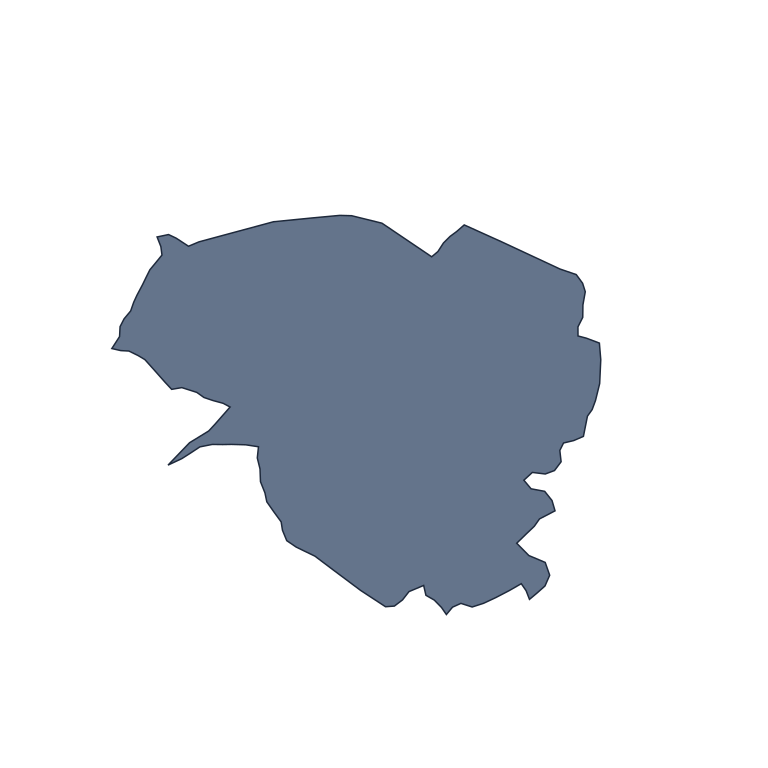 Itabaiana, Paraíba, Brazil, rotated 320°
{"feature_id": "56859067B77861515751472", "entity_name": "Itabaiana", "entity_type": "district", "adm_level": 2, "iso_a3": "BRA", "parent_name": "Brazil", "parent_adm1": "Paraíba", "projection": "orthographic", "projection_center": [-35.366, -7.347], "detail": "fine", "context": "isolated", "style": "filled", "palette": "slate", "viewbox_px": 768, "rotation_deg": 320, "n_neighbors": 0, "source": "geoboundaries", "source_scale": "gbopen_adm2", "svg_char_len": 1671}
<svg xmlns="http://www.w3.org/2000/svg" viewBox="0 0 768 768"><g transform="rotate(320 384 384)"><path d="M467.4,234.3L458.5,226.4L435.7,210.6L403.7,188.7L333.7,156.2L322.8,152.8L318.5,138.6L315.0,131.0L304.7,125.5L301.4,135.3L296.8,142.5L287.4,144.3L278.1,146.0L270.5,149.3L262.9,152.7L251.8,157.2L244.8,160.5L236.9,165.2L226.8,167.0L218.7,170.4L211.9,177.7L198.3,181.9L203.8,189.2L209.7,194.7L213.9,204.1L216.5,211.6L216.9,223.4L217.4,241.9L217.9,251.6L226.8,256.8L235.2,270.1L237.4,278.6L242.4,286.8L248.3,295.3L251.3,302.7L228.5,306.2L219.5,307.3L197.3,304.0L166.4,307.3L181.1,311.2L193.5,312.8L202.5,313.8L213.6,319.9L221.5,326.7L228.3,332.2L239.0,341.7L247.5,351.4L239.4,359.2L234.4,369.4L226.6,379.4L222.8,390.9L218.5,398.9L217.4,411.5L216.6,423.5L212.2,430.8L208.8,441.5L211.9,452.5L215.7,461.0L220.4,471.4L225.5,493.5L233.4,527.1L242.0,555.6L249.2,560.8L259.4,561.3L269.7,559.1L284.9,563.8L280.3,572.8L283.6,581.8L284.4,592.1L283.6,600.7L293.0,599.0L301.9,601.5L308.2,611.5L319.3,616.0L332.4,619.5L347.3,622.8L360.8,625.2L360.0,633.7L357.0,642.5L366.8,642.5L377.5,642.2L388.0,637.0L392.8,624.3L384.7,608.5L383.3,591.3L396.6,590.3L407.7,589.6L416.4,587.3L433.5,591.1L437.8,581.3L438.1,569.5L429.3,558.8L429.3,547.6L440.8,547.1L449.7,556.6L459.0,559.9L469.7,557.4L476.0,547.9L483.6,544.6L493.0,549.3L503.1,552.3L519.2,539.4L527.0,537.4L535.4,532.6L549.5,522.3L565.7,504.7L575.3,491.1L568.5,479.0L563.5,471.9L569.3,464.9L579.1,460.7L587.2,451.3L597.5,442.7L600.9,434.5L601.6,423.8L592.7,409.0L565.7,351.1L547.7,313.7L537.6,313.9L529.5,313.4L520.2,314.2L510.4,317.2L502.3,317.2L485.8,259.5L467.4,234.3Z" fill="#64748b" stroke="#1e293b" stroke-width="1.5"/></g></svg>